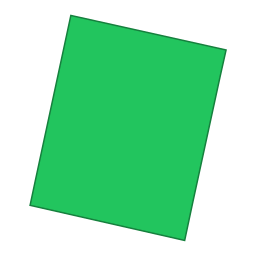 Gove, Kansas, United States of America (Natural Earth projection), rotated 282°
{"feature_id": "52423323B49129985774033", "entity_name": "Gove", "entity_type": "district", "adm_level": 2, "iso_a3": "USA", "parent_name": "United States of America", "parent_adm1": "Kansas", "projection": "natural_earth1", "projection_center": [-100.507, 38.915], "detail": "fine", "context": "isolated", "style": "filled", "palette": "green", "viewbox_px": 256, "rotation_deg": 282, "n_neighbors": 0, "source": "geoboundaries", "source_scale": "gbopen_adm2", "svg_char_len": 269}
<svg xmlns="http://www.w3.org/2000/svg" viewBox="0 0 256 256"><g transform="rotate(282 128 128)"><path d="M32.0,48.3L29.8,206.8L68.1,206.8L197.3,207.4L224.7,207.7L226.2,48.7L221.4,48.7L58.5,48.3L32.0,48.3Z" fill="#22c55e" stroke="#15803d" stroke-width="1.5"/></g></svg>